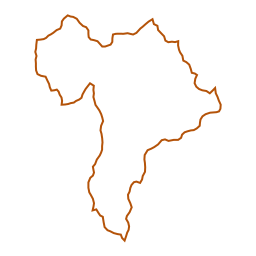 outline of Igaratinga, Minas Gerais, Brazil
{"feature_id": "56859067B35538622918215", "entity_name": "Igaratinga", "entity_type": "district", "adm_level": 2, "iso_a3": "BRA", "parent_name": "Brazil", "parent_adm1": "Minas Gerais", "projection": "robinson", "projection_center": [-44.723, -19.975], "detail": "fine", "context": "isolated", "style": "outline", "palette": "amber", "viewbox_px": 256, "rotation_deg": 0, "n_neighbors": 0, "source": "geoboundaries", "source_scale": "gbopen_adm2", "svg_char_len": 2500}
<svg xmlns="http://www.w3.org/2000/svg" viewBox="0 0 256 256"><path d="M124.6,240.6L126.1,236.2L127.2,232.6L128.6,229.9L129.1,226.4L128.2,222.5L126.1,218.9L126.9,216.0L129.6,212.2L131.7,207.3L130.3,203.2L128.3,198.8L128.0,194.7L129.6,191.6L130.3,188.0L131.5,185.0L133.9,182.2L136.4,181.6L140.1,182.9L142.1,179.4L142.7,176.1L145.0,171.8L145.2,167.3L144.9,162.8L144.4,159.4L144.7,155.0L147.6,150.2L151.2,148.7L154.2,147.1L158.1,144.4L161.7,140.2L165.0,139.4L168.5,140.9L173.6,139.9L178.1,139.9L181.1,137.8L182.1,134.6L184.6,132.3L187.5,131.3L190.9,130.4L193.8,130.1L196.8,128.4L199.7,125.8L200.0,122.5L200.5,119.5L202.5,116.3L205.6,114.2L210.0,112.7L213.6,112.4L216.4,112.2L219.0,111.4L220.4,108.8L220.7,104.7L218.8,100.5L217.5,96.8L215.8,93.3L215.1,88.0L212.6,90.6L209.8,93.3L206.4,91.0L202.3,90.3L199.0,89.0L196.3,86.7L194.6,83.2L195.3,78.7L197.0,75.0L194.8,73.5L191.8,72.8L190.8,69.0L189.2,64.6L186.3,62.1L183.3,60.6L182.4,55.8L180.1,52.4L179.0,49.7L178.1,45.5L178.2,41.2L175.1,42.1L171.9,41.7L168.3,42.2L165.4,40.6L164.1,36.3L161.4,33.5L158.1,30.0L157.4,25.8L153.9,24.1L152.5,19.2L148.6,21.6L145.5,24.2L142.7,26.7L140.4,28.5L138.4,30.7L136.4,32.9L133.1,34.5L130.4,33.9L127.6,33.2L123.5,33.8L118.8,33.7L115.8,33.8L113.0,34.5L112.4,38.2L112.3,41.9L110.6,44.6L108.1,45.5L105.2,46.5L102.2,46.5L99.9,43.9L97.5,41.2L93.8,40.1L90.7,39.5L88.7,37.1L88.4,33.9L88.4,30.4L86.2,27.2L83.0,26.0L79.6,22.8L76.8,18.8L73.2,16.9L70.5,16.5L67.7,15.4L63.9,18.6L61.9,21.4L61.6,25.4L60.2,28.6L56.6,30.1L53.3,32.8L50.8,34.4L48.4,35.6L46.1,37.9L43.7,39.1L40.4,39.6L36.9,39.9L36.3,44.7L36.1,48.4L35.3,51.9L36.5,56.0L35.6,59.5L35.9,63.3L35.9,66.7L36.1,70.4L37.5,74.1L41.0,75.8L45.6,76.7L47.6,81.0L49.1,84.0L49.8,87.2L51.3,90.6L54.2,90.3L56.8,89.6L58.6,91.6L59.7,94.7L61.5,97.5L62.1,100.9L61.6,104.7L65.1,104.5L68.2,104.0L70.8,103.1L73.8,102.6L76.1,100.9L79.1,99.6L81.5,97.8L82.5,94.5L84.1,91.6L85.6,89.0L87.6,86.4L90.0,83.3L93.8,85.7L93.4,90.0L93.9,93.4L93.4,97.0L94.6,101.3L95.5,104.9L97.5,107.7L99.4,110.5L101.2,114.2L102.3,117.7L103.1,121.1L101.1,125.8L100.5,130.4L101.5,133.8L102.2,138.4L102.5,142.5L102.1,146.1L102.1,149.7L101.1,152.6L99.8,155.4L96.8,159.6L95.1,164.1L92.9,166.7L93.4,169.6L94.0,172.6L92.9,175.6L90.3,177.8L88.4,182.4L88.4,187.8L89.3,192.4L90.8,194.9L92.9,198.8L94.0,203.2L93.5,206.5L92.6,210.4L96.3,209.4L98.5,213.0L100.2,215.5L102.8,216.8L103.6,222.0L104.6,227.1L107.5,230.2L110.3,231.3L113.8,233.1L117.6,234.1L120.8,234.6L122.1,238.0L124.6,240.6Z" fill="none" stroke="#b45309" stroke-width="2"/></svg>